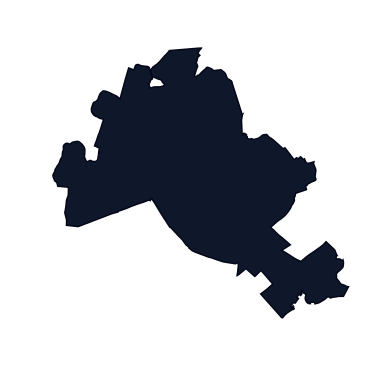 outline of Ipotesti, Suceava, Romania, rotated 257°
{"feature_id": "2599482B72683060143677", "entity_name": "Ipotesti", "entity_type": "district", "adm_level": 2, "iso_a3": "ROU", "parent_name": "Romania", "parent_adm1": "Suceava", "projection": "albers", "projection_center": [26.291, 47.622], "detail": "fine", "context": "isolated", "style": "filled", "palette": "ink", "viewbox_px": 384, "rotation_deg": 257, "n_neighbors": 0, "source": "geoboundaries", "source_scale": "gbopen_adm2", "svg_char_len": 5972}
<svg xmlns="http://www.w3.org/2000/svg" viewBox="0 0 384 384"><g transform="rotate(257 192 192)"><path d="M330.6,231.2L334.9,201.6L334.3,201.4L333.9,201.2L333.8,200.6L333.4,200.0L332.9,199.1L332.4,198.7L332.1,198.2L330.8,195.9L330.0,194.9L327.7,191.6L327.4,191.4L326.9,190.7L324.6,187.0L322.6,182.2L321.6,180.9L320.6,180.0L318.1,179.0L316.7,178.8L315.0,179.1L313.6,179.8L312.7,180.4L311.8,181.5L311.3,182.2L311.2,182.5L309.8,184.2L309.4,184.9L308.8,186.4L308.4,186.8L308.0,187.0L307.8,187.3L307.0,187.5L305.4,188.0L303.8,189.1L303.2,189.1L302.9,189.5L302.6,189.5L301.9,188.2L301.7,187.4L301.7,184.0L301.8,183.5L302.1,182.8L302.3,181.4L302.7,179.9L302.9,178.4L302.7,175.6L302.6,174.9L303.6,174.5L304.7,174.3L306.8,174.4L307.5,174.8L308.3,175.7L310.2,176.7L311.1,178.8L311.5,179.0L321.7,178.5L322.8,178.3L323.8,177.7L324.2,177.1L326.3,171.2L326.6,170.6L328.1,168.7L328.4,168.1L328.5,167.3L328.5,166.5L328.3,165.9L327.5,165.0L324.0,162.9L327.1,158.2L316.4,152.2L298.8,142.8L300.6,141.6L302.8,139.7L304.8,137.0L307.2,134.2L308.4,132.5L309.4,130.9L310.1,129.4L310.4,128.5L310.3,127.6L308.9,125.2L307.9,124.1L305.0,122.0L303.9,121.5L303.0,120.6L302.1,119.1L301.7,118.3L301.6,117.7L301.6,117.0L301.4,116.5L301.0,116.0L300.5,115.5L298.0,113.9L295.5,112.6L292.7,112.2L290.8,112.8L289.0,113.6L287.9,114.6L286.3,116.9L285.3,117.8L284.7,118.5L283.6,120.4L283.0,122.1L282.4,122.0L273.8,117.0L270.3,114.8L268.1,113.2L264.9,111.3L258.9,107.4L256.2,110.9L255.9,111.8L255.1,111.5L253.6,110.7L248.7,109.0L245.1,107.5L243.7,106.2L243.5,104.9L243.9,102.4L244.2,101.8L245.1,101.1L245.6,100.1L245.6,99.3L245.1,97.1L245.2,96.5L245.4,96.2L246.0,95.9L246.7,95.7L250.7,95.0L251.3,95.4L254.4,96.4L257.8,97.2L259.2,97.1L260.9,96.7L262.8,95.8L264.1,95.0L265.2,94.2L266.3,93.2L266.9,92.2L267.2,91.5L267.3,90.2L267.4,87.6L267.3,86.4L266.2,84.1L266.2,83.7L266.7,82.9L267.3,82.1L267.5,81.3L267.7,80.3L267.4,79.2L266.4,77.5L265.1,76.8L262.7,76.4L261.9,76.1L260.1,74.9L255.5,73.3L253.7,71.4L250.7,69.5L248.6,67.9L248.4,67.2L246.4,65.4L244.9,63.8L243.0,62.9L239.8,60.3L237.5,60.1L234.9,60.7L234.0,60.6L233.8,60.7L233.1,61.3L233.2,61.5L231.1,62.5L227.8,62.5L224.7,72.0L224.0,72.5L221.8,72.1L218.8,71.3L216.5,70.6L212.3,67.9L206.0,65.8L200.4,63.4L192.7,63.5L187.8,62.2L183.9,73.3L188.9,109.1L189.2,115.5L189.8,115.6L190.7,124.2L191.5,128.5L192.7,137.8L192.8,139.3L192.9,141.2L193.7,147.2L193.8,148.3L193.7,148.6L193.0,149.4L195.0,151.1L190.0,153.0L178.7,156.7L162.8,162.4L163.0,162.8L152.7,168.7L147.9,171.7L142.0,174.2L139.0,176.5L138.0,176.5L136.5,177.8L135.1,178.7L133.7,180.3L132.1,182.5L124.7,193.7L124.5,194.4L122.7,197.5L121.1,199.8L116.9,206.8L112.3,218.1L113.0,221.0L109.8,220.6L102.8,218.1L100.4,217.1L100.4,217.4L101.1,219.1L103.9,224.7L105.3,227.3L95.6,234.2L96.5,235.8L99.8,241.1L99.8,241.6L99.4,242.0L84.2,250.0L81.8,245.7L80.4,243.1L77.2,236.0L52.1,249.7L49.7,250.9L49.1,251.6L49.1,252.1L51.0,254.4L52.2,256.5L53.0,258.1L54.2,261.4L54.8,262.7L54.8,264.0L54.9,264.8L55.3,265.3L55.9,265.0L56.6,265.1L57.4,265.3L58.3,264.9L56.7,262.9L57.9,262.0L58.6,262.8L59.1,262.5L59.8,263.8L61.6,266.4L60.5,267.4L61.1,268.2L64.3,271.8L65.9,270.5L68.2,273.2L66.7,274.6L67.6,275.6L68.0,276.1L68.4,276.1L68.8,275.9L68.9,275.4L71.5,276.5L71.1,276.9L70.6,277.1L69.9,277.1L69.3,277.4L68.1,278.4L67.6,279.2L66.4,279.8L66.0,279.8L64.0,278.7L62.9,278.4L61.8,278.3L60.7,278.4L58.9,279.0L57.8,279.7L57.0,280.6L56.8,281.7L56.6,282.3L58.1,282.5L57.4,284.9L57.1,286.6L55.4,286.6L55.4,289.2L55.6,291.3L57.6,297.3L59.3,300.4L59.9,300.9L57.8,302.8L57.6,303.4L57.8,306.1L57.4,308.7L57.4,311.0L56.3,316.1L64.5,323.2L64.9,322.0L65.8,320.8L66.8,319.7L67.8,318.0L68.5,316.9L69.3,316.2L70.3,315.6L71.5,315.3L73.2,314.4L75.0,313.6L75.8,313.4L77.0,313.8L79.6,314.2L80.2,314.8L81.2,316.1L82.5,318.7L84.0,321.1L84.9,322.2L86.2,322.8L87.9,323.4L90.2,323.9L91.8,323.8L91.6,323.6L91.5,323.2L91.9,322.6L92.9,321.6L93.6,320.7L93.8,320.1L94.0,318.5L94.2,318.0L94.7,317.6L95.5,317.4L95.6,317.7L95.8,317.7L96.1,317.4L97.5,319.2L97.8,318.9L103.6,318.0L113.4,311.4L111.1,308.0L109.7,305.1L106.7,297.9L104.4,291.8L103.2,289.1L99.8,282.5L102.1,279.5L103.9,277.4L110.7,270.8L115.0,266.3L118.4,275.9L126.3,270.2L131.1,266.4L134.4,264.3L136.0,263.4L138.9,261.3L139.9,260.7L143.8,267.8L145.0,270.4L145.6,272.1L146.7,274.5L147.8,276.6L149.4,279.1L151.4,281.5L153.4,283.7L154.6,284.8L156.6,286.2L158.0,287.9L160.0,289.5L161.0,290.0L163.2,290.2L164.1,290.5L164.2,291.2L166.1,292.0L167.1,292.6L167.5,293.3L168.1,299.6L168.3,301.3L168.5,303.7L168.6,304.0L168.9,304.2L172.1,303.9L172.4,304.0L172.5,304.3L172.5,305.2L172.8,305.7L173.7,306.5L174.2,308.6L175.0,311.1L175.1,312.8L175.3,313.6L175.6,314.6L176.1,315.4L176.5,315.6L179.0,315.4L179.8,315.6L185.1,317.5L186.0,317.7L191.8,316.9L192.6,316.9L194.0,317.6L193.7,311.1L196.9,308.8L197.3,309.4L199.0,309.0L198.5,307.9L201.9,305.8L200.6,303.0L201.3,302.3L201.8,301.5L200.6,298.7L214.2,292.5L213.9,291.7L213.6,290.5L223.4,283.7L226.6,281.2L226.9,280.5L228.9,279.0L231.0,277.9L231.3,277.5L231.6,275.3L231.6,274.0L231.5,273.3L231.1,272.5L230.2,270.9L229.6,269.0L229.3,267.6L229.3,264.6L229.5,263.6L230.4,262.3L230.6,261.9L230.5,260.8L230.5,260.0L231.7,258.1L233.6,258.2L235.6,257.1L235.9,257.8L237.4,256.2L237.6,255.6L237.1,255.0L236.6,254.6L236.2,254.5L236.2,254.3L238.0,254.0L250.9,256.4L255.5,258.3L256.4,258.9L256.2,258.3L258.5,258.1L288.1,255.7L290.6,255.6L291.3,255.4L293.2,253.6L294.6,252.1L295.2,251.8L297.8,251.5L299.6,251.2L301.2,250.5L304.1,248.2L304.7,247.6L304.8,246.9L304.7,245.5L304.9,245.0L305.1,243.9L305.2,242.2L305.3,241.3L305.6,240.5L306.1,239.8L307.5,239.0L308.5,237.6L309.4,236.4L310.1,234.9L310.1,234.3L309.1,233.1L307.3,229.6L304.1,224.6L304.5,223.7L303.7,222.4L303.6,221.7L304.2,220.3L305.1,220.5L306.0,220.9L305.8,221.2L311.4,224.5L313.0,225.7L314.0,225.8L316.7,225.3L317.5,225.4L318.9,226.5L320.9,227.3L322.2,228.3L323.4,230.4L325.6,228.9L325.8,229.0L326.5,229.6L327.8,230.6L328.9,231.9L329.8,233.3L330.1,233.5L330.6,231.2Z" fill="#0f172a" stroke="#020617" stroke-width="1.5"/></g></svg>